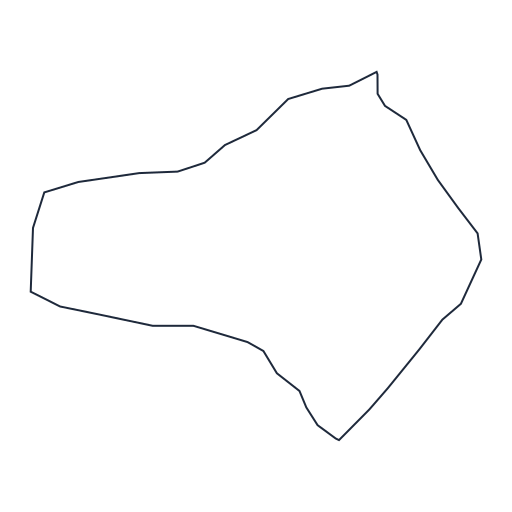 the district of Sundbyberg, Stockholm, Sweden
{"feature_id": "70781695B91357499899745", "entity_name": "Sundbyberg", "entity_type": "district", "adm_level": 2, "iso_a3": "SWE", "parent_name": "Sweden", "parent_adm1": "Stockholm", "projection": "natural_earth1", "projection_center": [17.96, 59.375], "detail": "fine", "context": "isolated", "style": "outline", "palette": "slate", "viewbox_px": 512, "rotation_deg": 0, "n_neighbors": 0, "source": "geoboundaries", "source_scale": "gbopen_adm2", "svg_char_len": 595}
<svg xmlns="http://www.w3.org/2000/svg" viewBox="0 0 512 512"><path d="M339.0,440.1L369.3,409.5L387.8,388.2L419.3,349.4L442.4,319.6L460.9,303.8L481.3,259.5L477.6,233.4L458.1,207.9L437.8,179.9L420.2,150.2L406.3,119.9L385.0,105.9L377.6,93.8L377.5,74.6L376.6,71.9L349.2,85.7L322.1,88.7L288.2,99.0L256.6,130.1L225.0,145.0L204.7,162.7L177.6,171.6L139.2,173.1L78.2,182.0L44.3,192.4L33.0,227.9L30.7,291.7L60.1,306.5L96.2,313.9L152.7,325.8L193.4,325.8L247.6,342.1L263.4,351.0L276.9,373.3L299.5,391.0L306.3,407.4L317.6,425.2L335.7,438.5L339.0,440.1Z" fill="none" stroke="#1e293b" stroke-width="2"/></svg>